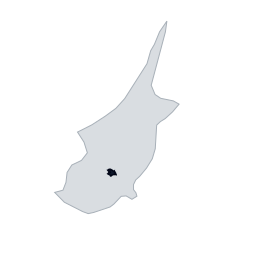 Pelendri, Limassol, Cyprus shown in context, rotated 321°
{"feature_id": "46923920B35219833977838", "entity_name": "Pelendri", "entity_type": "district", "adm_level": 2, "iso_a3": "CYP", "parent_name": "Cyprus", "parent_adm1": "Limassol", "projection": "orthographic", "projection_center": [32.957, 34.891], "detail": "fine", "context": "in_parent", "style": "filled", "palette": "ink", "viewbox_px": 256, "rotation_deg": 321, "n_neighbors": 0, "source": "geoboundaries", "source_scale": "gbopen_adm2", "svg_char_len": 2144}
<svg xmlns="http://www.w3.org/2000/svg" viewBox="0 0 256 256"><g transform="rotate(321 128 128)"><path d="M180.3,135.5L182.7,141.6L172.8,143.5L162.9,144.1L157.3,143.4L152.1,143.8L136.1,161.3L127.5,167.2L117.2,170.8L106.7,172.9L101.4,173.2L96.7,175.4L93.5,179.4L93.4,183.3L92.0,186.6L86.2,185.9L83.8,179.6L79.7,176.8L69.4,178.2L64.4,178.1L48.1,172.0L43.2,169.5L40.1,164.3L31.8,145.6L30.5,131.9L38.3,135.4L45.6,131.2L52.7,124.2L61.1,121.4L66.3,122.7L71.5,123.9L80.8,121.7L84.9,111.3L86.2,99.4L101.9,102.8L117.9,104.5L131.0,105.1L143.9,103.1L183.2,90.0L194.3,82.2L201.2,79.6L213.1,73.1L225.5,69.4L217.6,76.8L172.9,109.4L170.1,119.0L172.1,125.5L178.6,133.4L180.3,135.5Z" fill="#d9dde1" stroke="#a8b0b8" stroke-width="1"/><path d="M84.9,150.6L84.7,150.6L84.4,150.7L84.1,150.8L83.8,150.9L83.5,150.9L83.7,151.5L83.8,151.8L83.9,152.0L84.2,152.6L84.3,152.8L84.4,153.1L84.4,153.3L84.5,153.4L84.6,153.5L84.6,153.9L84.6,154.0L84.4,154.1L84.3,154.3L84.9,154.7L85.0,154.7L85.0,154.8L85.0,154.7L85.4,154.5L85.5,154.6L85.8,154.6L86.0,154.6L86.3,154.6L86.5,154.6L86.8,154.7L86.9,154.8L87.0,154.9L87.3,155.0L87.5,155.1L87.9,155.2L88.0,155.2L88.2,155.5L88.3,155.6L88.3,155.8L88.5,155.9L88.8,155.9L89.0,156.0L89.2,156.3L89.2,156.5L89.3,156.6L89.4,156.8L89.5,156.7L89.6,156.4L89.6,156.2L89.7,155.9L89.7,155.7L89.6,155.4L89.5,155.2L89.5,154.8L89.6,154.7L89.7,154.3L89.7,154.1L89.8,154.0L89.8,153.8L89.9,153.7L90.0,153.8L90.0,153.7L89.9,153.4L89.9,153.2L90.0,153.2L89.9,153.0L90.0,153.0L90.1,152.9L89.9,152.9L89.8,153.0L89.7,153.0L89.6,152.8L89.6,152.6L89.5,152.4L89.5,152.2L89.5,151.9L89.4,151.7L89.3,151.4L89.2,151.2L89.1,150.9L89.1,150.7L89.0,150.4L88.9,150.5L88.8,150.4L88.7,150.4L88.4,150.2L88.3,149.9L88.2,149.6L88.2,149.4L88.1,149.2L88.2,148.9L88.2,148.7L87.8,148.5L87.7,148.5L87.4,148.6L87.2,148.5L87.1,148.4L86.9,148.2L86.7,148.0L86.4,148.1L86.2,148.1L85.9,148.2L85.7,148.1L85.7,148.3L85.7,148.5L85.7,149.0L85.7,149.3L85.7,149.5L85.9,149.6L86.0,149.8L86.2,150.0L86.3,150.1L86.3,150.3L86.4,150.5L86.4,150.9L86.3,151.0L86.3,151.3L86.2,151.4L85.9,151.3L85.7,151.2L85.2,151.0L85.2,150.9L84.9,150.6Z" fill="#0f172a" stroke="#020617" stroke-width="1.5"/></g></svg>